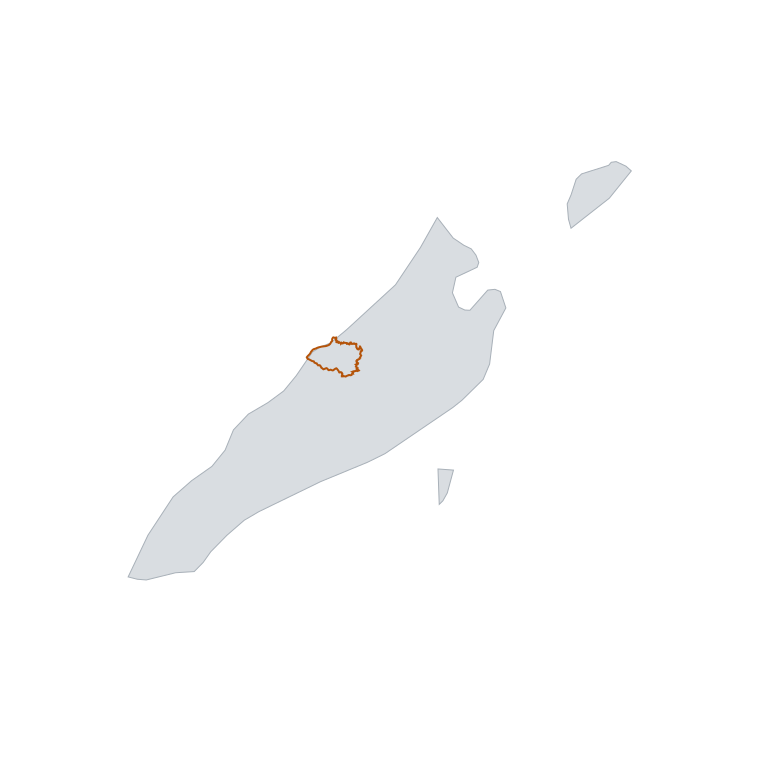 location of Alas, Manufahi, East Timor, rotated 157°
{"feature_id": "22284137B36199594403094", "entity_name": "Alas", "entity_type": "district", "adm_level": 2, "iso_a3": "TLS", "parent_name": "East Timor", "parent_adm1": "Manufahi", "projection": "mercator", "projection_center": [125.842, -9.043], "detail": "fine", "context": "in_parent", "style": "outline", "palette": "amber", "viewbox_px": 768, "rotation_deg": 157, "n_neighbors": 0, "source": "geoboundaries", "source_scale": "gbopen_adm2", "svg_char_len": 6008}
<svg xmlns="http://www.w3.org/2000/svg" viewBox="0 0 768 768"><g transform="rotate(157 384 384)"><path d="M269.9,516.4L263.3,491.3L256.3,480.5L250.9,474.3L249.0,466.7L249.3,458.8L252.6,455.1L276.1,454.2L285.4,441.2L285.3,425.7L280.7,420.5L276.1,418.3L251.8,429.9L244.9,427.8L240.7,423.6L242.1,406.4L262.1,390.3L279.0,361.1L290.9,349.5L318.6,338.6L329.8,335.5L410.3,319.5L429.6,318.4L480.6,318.9L549.0,315.4L565.9,313.2L587.8,306.1L609.0,297.3L620.2,290.4L632.0,285.5L649.6,291.7L679.4,296.5L687.4,300.7L694.9,306.4L660.3,337.1L622.2,362.5L598.8,370.2L574.6,375.4L556.1,385.2L540.5,400.6L520.6,409.3L498.2,412.2L479.0,416.8L461.6,425.9L437.4,441.4L427.6,443.0L417.2,442.6L397.2,448.6L334.7,470.8L297.0,495.5L269.9,516.4ZM73.1,483.5L104.0,467.0L151.0,454.3L149.8,463.6L145.0,478.2L137.8,485.1L127.1,497.4L120.0,500.2L91.8,497.5L88.2,499.3L83.4,498.0L76.2,490.0L73.1,483.5ZM380.2,251.6L367.5,284.7L353.7,277.6L368.3,259.0L375.4,253.5L380.2,251.6Z" fill="#d9dde1" stroke="#a8b0b8" stroke-width="1"/><path d="M444.6,438.8L444.5,438.3L444.5,438.1L444.6,437.9L444.5,437.6L444.4,437.2L444.4,436.9L444.1,436.6L443.8,436.4L443.6,436.2L443.4,436.0L443.2,435.8L442.6,435.0L442.5,434.8L442.3,434.5L442.0,434.3L441.2,433.2L439.8,432.3L439.7,431.7L439.7,431.2L439.7,430.9L438.7,429.8L437.9,429.3L437.8,428.3L437.3,427.0L437.3,426.9L437.0,426.8L436.2,426.6L435.7,426.2L435.6,425.6L435.4,425.3L435.5,424.8L435.2,423.9L435.3,423.6L435.2,423.5L435.1,423.1L434.8,422.8L434.6,422.3L434.4,422.0L434.2,421.5L434.1,421.3L434.0,421.2L432.2,421.1L431.9,421.2L431.4,421.1L431.0,421.1L430.8,421.0L430.7,421.0L430.5,420.8L430.2,420.3L429.9,419.3L429.7,418.5L429.2,418.2L427.5,418.0L426.4,416.9L425.8,416.5L425.6,416.5L425.2,416.5L423.9,416.9L423.1,417.0L422.8,417.1L422.3,417.1L421.8,417.1L421.7,417.0L421.5,416.7L421.4,416.4L420.9,414.6L420.7,413.7L420.7,413.2L420.7,412.7L420.6,412.1L420.2,411.9L419.4,411.9L419.2,411.8L418.8,411.5L418.5,411.1L418.5,410.9L418.6,410.4L418.3,410.1L418.3,409.7L418.4,409.4L418.9,409.0L419.3,408.5L419.7,407.9L419.7,407.7L419.8,407.5L419.4,407.3L419.0,407.2L418.8,407.1L418.2,407.2L418.0,406.8L417.2,406.5L417.0,406.3L416.6,406.1L416.5,405.9L416.2,405.8L415.5,406.0L414.9,406.0L414.3,406.0L414.2,406.0L413.9,405.9L413.5,406.0L413.1,406.0L412.6,405.9L411.7,405.3L411.5,405.2L411.3,405.1L410.7,405.0L410.1,405.1L410.0,405.4L409.8,405.7L409.6,405.8L408.9,406.0L408.6,405.8L408.6,406.5L408.4,406.7L408.0,406.5L407.7,406.6L407.6,406.8L407.6,407.1L408.1,407.6L407.2,407.6L406.3,407.4L405.0,407.0L404.2,407.3L403.8,406.9L403.7,406.5L403.5,406.3L403.2,406.3L401.9,406.3L402.0,406.6L402.2,406.8L402.4,406.9L402.5,407.0L402.4,407.2L402.5,407.6L402.4,408.0L402.7,408.2L402.8,408.7L402.9,408.9L402.7,409.0L402.9,409.1L402.6,409.4L402.8,409.7L402.8,409.9L402.6,409.9L402.7,410.2L402.6,410.4L402.7,410.6L402.7,410.9L402.8,410.9L402.9,411.0L402.6,411.2L402.2,412.1L402.0,412.3L402.2,412.7L402.3,412.9L402.0,412.9L401.9,412.9L401.7,413.0L401.3,413.2L401.2,413.0L400.8,413.1L400.7,413.0L400.5,412.9L400.4,412.6L400.2,412.7L400.1,412.9L399.7,413.3L399.8,413.5L400.1,413.7L400.2,413.8L400.2,414.1L400.2,414.3L400.6,414.6L400.5,415.2L400.5,415.6L400.2,415.5L400.1,415.8L399.4,416.3L399.2,416.4L399.2,416.5L398.7,416.4L398.4,416.7L398.2,416.7L397.9,416.7L397.3,416.6L397.0,416.7L396.8,416.9L396.6,416.9L396.6,417.0L396.4,417.3L396.1,417.3L395.9,417.4L395.8,417.5L395.7,417.5L395.7,417.8L395.4,418.0L395.1,418.3L394.9,418.4L394.7,418.5L394.3,418.9L394.0,419.1L394.1,419.3L394.0,420.0L394.1,420.3L394.3,420.7L394.2,421.1L394.0,421.3L393.1,422.3L392.8,422.9L392.7,423.1L392.3,423.3L392.0,423.4L391.7,423.2L391.3,423.3L391.1,423.3L390.9,423.7L391.0,424.1L390.9,424.6L391.2,425.2L391.4,426.0L391.3,426.4L391.2,426.6L391.3,427.1L391.3,427.8L391.5,427.9L391.6,427.5L391.7,427.1L391.9,426.9L392.0,426.6L392.3,426.7L392.5,426.4L392.7,426.6L392.8,426.6L393.0,426.4L393.1,426.0L393.3,425.9L393.3,426.0L393.5,425.9L393.6,426.1L393.8,426.1L394.0,426.1L394.3,426.2L394.2,426.4L394.2,426.6L394.7,427.0L394.9,427.0L395.0,427.1L394.9,427.3L395.0,427.9L395.0,428.2L395.1,428.7L395.0,429.0L394.7,429.4L394.7,429.7L394.7,430.0L394.3,430.8L393.9,431.2L393.9,431.3L393.8,431.5L393.8,431.8L394.1,432.0L394.9,432.1L395.4,432.5L395.8,432.6L395.8,433.1L396.4,433.2L396.7,433.2L397.1,433.3L397.6,433.3L397.8,433.3L398.2,433.7L398.1,434.1L398.3,435.2L398.9,435.3L399.3,435.0L399.7,434.7L399.9,434.1L400.1,434.0L400.3,433.9L400.6,434.1L401.0,434.5L401.3,435.1L401.3,435.3L401.5,435.4L401.7,435.2L402.0,435.3L401.8,435.5L402.0,436.1L402.3,436.3L402.9,436.6L403.6,437.0L404.1,437.2L404.2,437.4L404.6,437.6L404.7,437.8L404.9,437.8L405.2,437.6L405.3,437.6L405.3,437.8L405.5,437.7L405.7,437.8L405.9,437.7L406.1,437.5L406.3,437.6L406.4,437.8L406.8,437.8L407.0,438.3L407.2,438.1L407.3,438.2L407.3,438.3L407.5,438.4L407.6,438.2L407.8,438.1L407.7,438.5L407.8,438.8L408.1,439.0L408.3,438.9L408.4,439.0L408.4,439.3L408.8,439.5L408.9,439.9L409.0,439.9L409.1,439.6L409.4,439.6L409.4,439.9L409.4,440.0L409.6,439.9L409.8,439.9L409.9,440.3L410.1,440.5L410.4,440.5L410.5,440.7L410.8,441.1L411.1,441.0L411.3,441.0L411.5,441.2L411.5,441.3L411.4,441.4L411.1,441.5L410.9,441.7L410.8,441.8L410.8,442.0L410.7,442.1L410.4,442.0L410.6,442.4L410.6,442.7L410.8,442.9L411.0,442.7L411.0,443.0L411.2,443.3L411.0,443.7L411.0,444.0L410.9,444.3L410.5,444.1L410.4,444.2L410.1,444.5L410.0,445.5L410.3,445.5L411.0,445.7L411.4,445.8L411.6,446.0L411.8,446.2L412.1,446.5L412.4,446.7L412.7,446.7L413.1,446.5L413.5,446.2L414.1,445.7L414.3,445.4L414.6,444.4L414.9,443.9L415.1,443.8L415.5,443.5L415.9,443.5L416.1,443.4L416.4,443.2L416.9,442.7L417.3,442.4L417.7,442.1L418.2,441.8L419.0,441.6L419.0,441.4L419.1,441.6L419.6,441.4L420.6,441.5L421.2,441.5L422.0,441.5L422.6,441.7L423.0,441.7L424.0,442.0L426.9,442.8L428.8,443.1L429.9,443.3L431.4,443.4L432.8,443.3L433.2,443.3L433.6,443.4L434.2,443.4L434.6,443.5L435.1,443.5L435.9,443.4L436.5,443.2L436.8,443.1L437.7,442.5L438.2,442.4L439.0,441.8L440.1,440.9L440.8,440.5L443.5,439.4L444.6,438.8Z" fill="none" stroke="#b45309" stroke-width="2"/></g></svg>